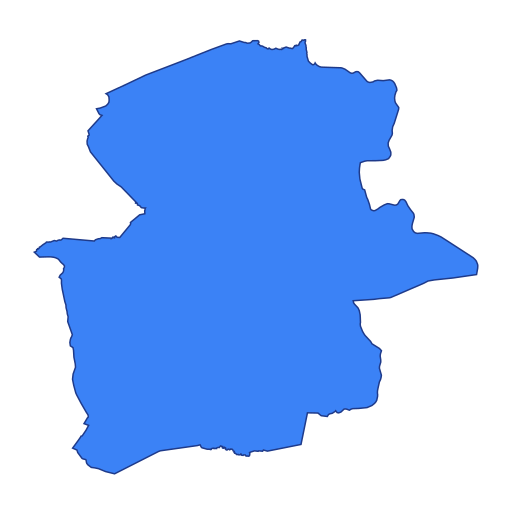 outline of Tangamandapio, Michoacán, Mexico, rotated 179°
{"feature_id": "50627088B20448170324578", "entity_name": "Tangamandapio", "entity_type": "district", "adm_level": 2, "iso_a3": "MEX", "parent_name": "Mexico", "parent_adm1": "Michoacán", "projection": "orthographic", "projection_center": [-102.457, 19.89], "detail": "fine", "context": "isolated", "style": "filled", "palette": "blue", "viewbox_px": 512, "rotation_deg": 179, "n_neighbors": 0, "source": "geoboundaries", "source_scale": "gbopen_adm2", "svg_char_len": 6026}
<svg xmlns="http://www.w3.org/2000/svg" viewBox="0 0 512 512"><g transform="rotate(179 256 256)"><path d="M401.2,40.7L357.0,62.2L355.1,62.9L317.8,67.5L315.2,68.2L314.1,65.9L313.4,65.2L308.3,63.7L307.1,63.6L306.4,63.7L304.5,63.2L304.1,63.5L304.3,63.9L303.3,64.4L301.5,64.6L301.4,64.2L299.0,64.2L299.1,64.6L297.2,65.3L296.1,65.1L295.1,66.4L294.5,66.8L293.4,65.9L293.0,66.1L292.7,66.1L292.6,65.6L292.9,64.8L292.4,64.4L291.4,64.4L291.2,65.2L290.8,65.3L289.7,64.6L289.6,63.8L289.9,63.5L289.2,62.7L288.4,62.5L287.2,63.4L286.4,63.2L285.9,62.7L285.7,62.7L285.0,63.4L284.5,63.1L284.2,63.3L283.5,63.4L282.6,62.6L282.2,61.5L281.1,61.0L281.4,60.1L280.8,59.2L280.4,59.3L278.5,57.7L277.7,57.9L277.2,57.9L276.8,57.5L275.4,57.5L274.8,57.9L274.6,58.3L274.2,58.1L274.1,57.3L273.7,57.0L272.3,56.9L272.0,57.3L270.3,57.3L269.4,56.1L268.2,56.2L267.3,55.9L266.1,56.3L265.8,57.2L265.6,59.0L265.9,59.4L265.3,59.9L260.9,61.2L257.2,60.7L256.8,61.1L256.3,61.1L252.8,60.7L252.0,61.9L248.0,60.7L214.3,66.8L207.3,98.3L196.8,97.9L193.6,95.2L187.5,94.3L186.3,96.2L185.0,96.9L182.5,97.4L179.6,99.2L179.1,99.9L177.6,98.0L176.1,97.7L173.8,98.5L170.6,101.4L169.3,101.5L168.0,101.3L165.3,100.2L163.5,101.3L161.9,101.7L156.1,101.8L147.6,102.5L142.7,104.5L140.0,106.6L138.7,108.1L137.8,109.7L136.9,113.5L136.8,115.3L137.0,116.8L136.9,118.9L136.4,121.4L134.8,128.0L133.7,130.2L133.1,132.2L132.7,134.6L134.6,141.7L134.4,143.7L133.1,147.8L133.1,150.0L133.6,153.8L133.3,156.0L132.2,159.1L134.2,161.4L141.6,166.2L142.9,168.6L148.4,174.7L149.6,176.6L150.8,178.8L152.8,184.0L153.0,186.2L152.7,187.8L152.8,192.7L152.9,195.4L153.7,199.6L154.9,202.3L158.4,206.2L159.2,207.4L159.6,209.6L138.9,210.6L133.7,211.2L123.3,211.9L121.9,212.2L88.6,225.9L84.4,228.0L77.9,229.0L59.4,230.6L35.8,233.6L34.6,239.8L34.4,242.4L34.6,243.8L35.8,247.0L37.1,248.7L38.9,250.5L64.0,267.4L70.6,271.8L73.6,273.3L78.2,275.1L80.9,275.8L84.8,276.2L87.1,276.3L94.3,275.8L96.4,276.4L98.0,277.7L99.5,280.4L99.6,282.6L99.4,284.2L98.9,286.2L97.2,291.6L97.1,292.5L97.4,294.9L97.9,296.0L100.6,299.5L103.3,303.6L105.1,307.6L106.3,309.2L107.3,309.8L108.7,310.0L110.3,309.8L111.1,309.0L113.1,305.8L113.6,305.2L115.0,304.5L116.6,304.4L122.1,305.9L123.8,306.0L127.0,304.8L131.5,302.3L133.3,300.9L136.3,299.3L137.8,299.2L139.8,300.0L140.6,300.8L141.7,305.7L143.3,310.6L144.3,312.7L146.2,320.2L148.0,321.0L148.7,322.1L150.8,331.2L151.3,337.8L151.0,342.0L150.4,345.8L150.0,347.5L145.7,348.9L143.3,349.3L134.8,349.2L127.3,349.4L124.7,349.9L121.8,351.0L120.3,353.0L119.6,354.2L119.4,355.3L119.4,357.5L120.6,360.8L121.8,363.5L121.9,366.7L120.9,369.4L117.9,374.5L117.5,376.3L117.7,379.1L117.1,382.8L115.5,386.2L111.6,397.9L110.8,400.4L110.7,402.0L113.8,406.6L114.4,408.4L114.7,411.5L114.3,414.3L113.2,417.7L112.3,419.0L112.3,420.1L112.6,421.8L114.3,426.0L115.3,427.5L116.4,428.6L117.9,429.4L119.4,429.8L125.7,429.1L131.3,429.6L134.3,429.0L136.1,428.0L139.1,427.5L140.7,427.9L142.0,428.7L149.2,437.3L150.5,438.4L151.6,438.6L152.5,438.6L153.3,438.4L155.6,437.2L156.9,437.0L157.7,437.2L158.6,437.5L163.7,441.2L166.5,442.4L167.7,442.7L187.4,443.7L189.4,444.3L191.5,445.6L192.9,447.0L193.5,448.0L193.8,447.3L194.7,446.5L195.6,446.2L196.3,446.4L198.3,447.9L200.2,449.9L201.5,454.7L201.5,456.6L201.8,457.8L201.5,458.6L202.2,461.7L202.1,463.2L202.4,464.7L202.4,465.7L203.2,468.0L203.2,468.8L202.6,470.2L202.9,470.7L202.8,471.3L204.0,471.3L204.5,470.8L206.1,471.2L207.2,469.6L208.3,469.2L209.0,467.5L209.4,467.1L209.4,466.4L210.6,465.7L212.1,466.1L212.3,465.4L213.6,465.6L214.3,464.5L215.8,462.8L217.0,462.9L217.7,463.2L218.8,463.2L222.2,464.4L224.8,463.5L224.9,463.0L225.4,462.9L226.2,463.3L226.3,462.5L226.5,462.1L227.3,462.0L228.1,462.3L229.0,462.1L230.6,462.5L232.5,463.4L234.3,462.5L236.1,462.2L237.0,462.3L237.9,462.6L239.3,463.7L240.1,462.9L240.8,462.9L241.4,463.2L242.0,463.9L243.8,464.5L245.8,465.7L247.1,466.0L248.0,466.0L249.0,467.3L250.3,468.1L249.3,469.6L249.7,470.9L250.8,471.3L255.5,471.3L257.4,469.6L258.4,469.1L260.9,468.9L261.8,469.2L262.5,469.6L264.1,469.7L268.8,471.3L277.5,468.6L280.3,468.8L282.0,468.5L297.0,463.3L326.4,452.2L363.2,438.8L381.6,430.4L403.1,420.9L401.5,419.8L400.3,417.7L400.1,414.5L400.4,412.2L401.7,410.3L403.6,408.6L409.3,406.6L412.9,406.0L410.5,401.1L409.5,400.0L407.5,399.3L421.8,384.1L420.7,380.4L420.9,379.6L422.0,378.9L422.1,378.6L421.8,377.9L421.8,377.3L422.3,376.2L422.9,373.9L422.8,370.7L421.7,368.4L419.7,363.0L396.8,333.3L393.8,330.4L389.5,327.4L375.0,311.9L375.4,311.7L375.5,311.0L373.7,310.7L373.6,309.1L372.0,308.6L371.3,308.2L370.0,306.6L369.6,306.3L367.2,305.9L365.7,305.9L366.0,305.4L366.2,303.9L366.5,303.3L366.4,300.2L371.6,299.2L380.5,292.1L381.0,291.5L380.7,290.8L381.1,289.5L391.9,276.9L394.5,277.1L395.8,278.5L396.8,277.9L397.1,276.6L397.5,276.6L397.5,277.1L397.7,277.3L398.8,277.4L399.5,276.3L400.4,275.9L400.4,276.4L409.8,277.0L411.5,276.1L413.3,276.0L416.3,275.0L417.4,273.8L448.6,277.1L450.3,275.6L451.6,275.2L452.1,275.5L453.6,275.2L455.2,274.4L457.4,275.0L461.4,273.5L462.3,273.7L462.7,273.5L465.3,273.6L465.8,272.9L468.7,271.1L471.8,268.7L472.3,268.7L472.5,267.9L473.0,267.4L473.9,267.2L473.7,266.8L475.2,266.2L475.4,264.6L477.6,263.7L472.5,258.7L463.7,258.8L461.1,258.7L458.4,258.3L456.6,257.8L454.2,256.7L453.2,255.8L451.4,253.4L449.7,251.7L448.7,250.9L447.7,249.5L447.8,248.1L448.7,246.5L448.5,246.0L448.6,244.8L448.9,243.7L449.6,242.5L452.1,240.3L453.2,238.2L451.2,236.6L450.9,235.3L451.0,232.1L450.3,226.1L447.9,213.6L446.9,210.4L446.8,207.6L445.9,203.8L445.7,201.4L444.9,198.6L445.4,193.7L441.0,180.5L442.2,177.6L442.5,177.4L443.1,175.5L443.6,172.8L443.2,169.4L440.6,167.6L440.1,165.0L439.8,157.9L438.6,151.3L438.4,147.9L440.9,141.2L441.6,136.0L440.5,129.9L438.6,122.3L437.7,120.2L433.5,111.9L428.5,102.9L426.7,100.0L426.5,98.6L426.7,97.5L427.3,97.2L430.9,91.4L426.3,89.6L428.9,84.9L432.9,79.2L434.1,78.9L434.5,78.1L436.8,74.9L442.7,67.1L438.4,65.1L437.7,62.6L433.5,56.7L432.6,56.2L429.8,55.4L429.4,54.7L429.2,52.9L428.8,51.6L427.8,50.2L424.4,47.5L421.0,47.0L417.1,46.1L410.2,43.1L401.2,40.7Z" fill="#3b82f6" stroke="#1e3a8a" stroke-width="1.5"/></g></svg>